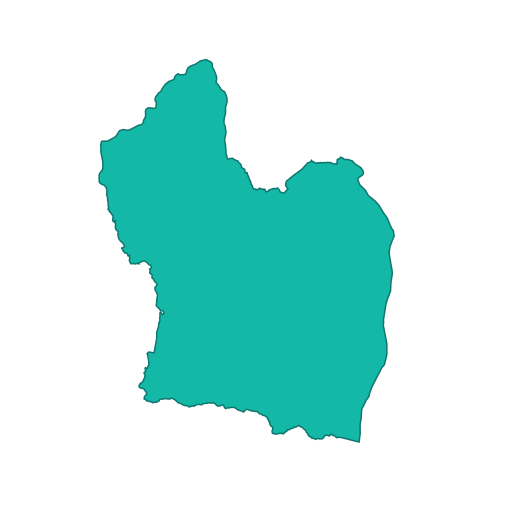 the district of Sutamarchàn, Boyacá, Colombia, rotated 169°
{"feature_id": "7082276B91786525694715", "entity_name": "Sutamarchàn", "entity_type": "district", "adm_level": 2, "iso_a3": "COL", "parent_name": "Colombia", "parent_adm1": "Boyacá", "projection": "robinson", "projection_center": [-73.611, 5.636], "detail": "fine", "context": "isolated", "style": "filled", "palette": "teal", "viewbox_px": 512, "rotation_deg": 169, "n_neighbors": 0, "source": "geoboundaries", "source_scale": "gbopen_adm2", "svg_char_len": 6102}
<svg xmlns="http://www.w3.org/2000/svg" viewBox="0 0 512 512"><g transform="rotate(169 256 256)"><path d="M393.1,137.0L391.9,136.3L391.0,134.7L389.8,134.5L389.2,133.7L386.8,133.0L385.2,131.6L384.0,131.8L381.7,131.5L379.1,132.1L378.5,132.5L378.2,133.3L377.4,133.9L374.9,133.2L372.9,133.6L370.8,132.7L369.5,132.7L368.2,131.9L366.9,132.6L365.6,132.4L362.9,130.2L360.2,126.6L357.5,125.3L356.9,124.3L354.1,122.6L351.8,122.2L350.8,120.7L349.9,120.5L348.5,120.9L347.6,120.7L346.9,121.3L345.2,120.3L344.5,120.9L342.2,121.4L339.7,121.1L338.1,120.3L335.8,121.0L333.8,121.1L332.7,120.8L330.5,120.9L327.8,120.1L325.4,119.9L322.3,116.0L319.9,115.7L317.3,116.3L316.2,115.2L315.8,113.1L314.8,112.0L313.0,112.4L311.6,112.0L309.5,112.2L305.8,111.3L303.4,108.6L301.1,107.2L299.4,106.6L298.5,105.3L297.8,105.3L295.2,107.2L293.1,106.9L291.3,105.4L290.5,105.4L289.2,104.3L288.2,104.4L287.0,103.7L284.5,103.2L282.7,100.4L281.0,100.0L279.8,98.3L278.1,97.7L276.4,96.1L275.7,94.9L275.7,93.8L274.9,92.8L275.1,91.3L274.1,89.9L274.5,89.0L274.3,87.4L273.6,86.0L272.3,84.6L272.4,83.4L273.7,80.9L273.7,78.9L273.1,78.4L270.2,77.3L267.1,77.4L266.3,77.2L264.7,77.4L264.3,76.6L263.0,76.2L261.1,77.5L258.9,78.4L258.3,79.4L256.3,79.1L254.4,80.0L252.5,79.9L251.5,80.7L249.4,80.5L246.1,81.5L244.9,79.9L243.0,78.6L241.4,76.1L240.5,75.4L240.3,73.7L239.3,72.0L238.8,69.7L237.2,68.0L236.3,67.5L235.7,66.2L234.6,66.3L232.4,64.6L230.9,65.2L228.0,64.2L225.8,63.9L223.8,65.1L223.0,66.4L221.8,66.8L220.9,66.8L220.6,66.3L219.9,66.4L218.9,65.4L217.6,65.6L217.0,66.5L215.8,66.5L214.6,65.0L213.1,64.6L211.5,62.2L209.9,62.4L207.1,61.6L190.3,53.7L187.6,61.9L186.0,70.6L183.9,76.2L181.4,85.7L178.9,88.6L175.4,93.4L172.1,96.3L170.5,100.0L166.8,105.9L153.7,122.5L150.8,124.7L147.3,132.0L146.2,135.1L144.3,145.0L144.3,163.7L143.4,166.3L143.0,169.2L137.8,183.5L135.7,187.7L130.7,195.8L128.6,204.2L125.6,212.6L125.2,215.9L125.0,228.4L124.7,233.7L122.8,239.4L118.3,246.9L116.6,249.1L116.3,254.7L117.1,255.9L118.4,260.4L119.9,268.2L122.5,273.8L125.7,282.5L128.6,287.3L134.2,293.9L136.1,299.8L140.3,305.7L140.7,306.7L141.5,311.5L140.8,312.8L139.7,313.7L136.5,314.9L135.2,315.9L134.7,316.9L134.8,319.5L136.3,322.8L141.0,327.2L143.5,331.1L147.9,333.4L150.5,333.7L151.9,335.4L153.7,336.6L154.5,336.8L154.7,336.0L155.5,335.4L157.2,335.5L157.8,335.2L159.2,330.7L163.8,332.4L164.7,333.5L165.9,333.3L167.2,334.2L170.3,334.4L172.0,334.9L173.1,334.5L174.4,335.4L175.9,335.3L176.5,335.6L177.6,335.2L178.2,335.7L179.7,335.8L180.5,336.2L181.0,337.1L182.0,337.5L182.4,338.2L183.1,338.4L183.4,339.2L184.5,337.8L187.3,337.6L194.7,332.2L204.7,327.5L212.0,323.5L213.1,321.0L213.4,319.1L212.2,316.5L211.7,315.9L216.0,312.8L217.6,312.7L219.2,313.9L220.2,314.2L220.4,316.1L221.6,318.5L222.6,318.6L224.3,318.1L225.1,318.9L229.4,318.5L230.4,318.3L231.2,317.3L232.3,317.4L233.5,316.9L234.3,317.8L234.4,319.3L235.1,320.1L235.7,319.9L237.1,320.7L238.5,320.6L239.1,321.7L239.8,321.9L241.3,320.7L242.5,321.2L243.3,320.9L244.1,322.0L245.8,322.7L246.2,323.5L246.2,325.9L247.1,327.4L246.9,328.4L247.4,329.6L247.0,330.5L247.8,331.2L247.6,332.4L248.4,334.7L248.1,335.5L248.5,335.8L248.5,336.8L249.1,337.9L248.7,339.2L249.1,339.6L250.7,339.8L250.5,343.2L253.1,345.5L253.4,348.5L253.8,349.5L255.0,350.9L255.7,352.7L257.9,354.0L260.4,356.4L263.3,356.7L264.6,356.3L265.5,356.7L265.8,362.4L264.8,370.3L264.8,374.7L264.1,377.8L262.9,380.2L262.0,382.8L261.5,388.6L262.1,392.5L261.7,394.6L260.8,397.5L258.7,401.8L257.4,408.0L254.9,413.0L254.4,417.1L254.7,420.0L255.6,423.4L258.2,425.6L260.3,431.0L262.1,434.0L260.8,437.5L260.5,440.2L261.8,446.8L262.8,449.5L262.3,452.6L262.5,454.0L264.1,455.9L265.9,456.9L267.2,458.3L273.6,458.1L276.1,456.8L279.5,455.7L283.9,455.0L286.5,453.9L288.4,451.6L289.7,448.9L290.8,447.8L296.3,448.2L297.3,449.6L299.0,449.4L300.9,448.2L302.7,445.3L303.5,444.8L308.5,443.9L311.9,442.0L314.7,439.7L318.0,435.8L320.5,434.6L324.1,431.3L324.8,430.2L325.4,428.3L324.6,425.9L324.8,424.5L325.7,421.5L326.6,420.4L327.4,420.2L332.8,421.9L334.0,421.9L335.6,421.2L336.3,420.4L336.9,419.2L337.5,415.2L338.1,413.5L340.6,410.5L341.0,408.9L342.4,407.3L343.1,406.9L346.8,406.7L353.5,404.6L357.0,403.8L359.0,404.2L362.3,405.5L366.1,405.0L370.4,400.5L372.0,399.5L380.0,397.1L385.2,398.1L386.2,397.1L387.3,394.5L387.5,391.7L388.4,387.9L388.4,377.6L389.5,371.7L390.3,369.9L393.6,367.1L394.4,365.7L395.1,362.7L395.7,358.6L395.4,357.7L393.9,355.9L391.6,354.6L390.3,352.4L389.7,349.9L390.4,345.8L390.9,345.0L390.6,341.2L391.1,338.3L390.8,336.5L391.2,335.5L391.2,334.1L391.6,333.4L391.3,331.8L392.4,330.2L391.4,329.0L391.5,327.7L390.7,326.7L388.8,322.8L388.9,321.3L389.4,320.2L389.9,318.0L389.5,317.0L388.9,316.6L388.4,316.8L387.8,317.7L387.2,317.3L388.0,316.0L387.8,313.7L388.7,310.7L388.4,308.9L386.8,306.3L386.8,305.3L387.5,303.8L387.5,299.5L386.2,296.5L384.4,294.4L383.1,291.1L383.8,289.7L386.1,289.6L386.4,289.1L385.5,287.6L385.5,286.5L384.5,284.4L383.5,283.7L382.0,283.3L381.6,280.7L380.3,281.0L379.8,280.5L380.6,279.3L380.1,277.6L380.8,277.0L381.2,275.9L380.9,273.7L380.1,272.1L377.7,272.0L376.1,271.2L374.5,271.4L372.2,270.7L372.4,271.5L372.0,271.8L369.3,272.2L368.6,272.6L366.9,272.5L365.2,271.4L364.2,270.4L363.4,268.8L362.5,267.7L361.1,266.9L361.0,265.1L361.2,263.9L363.0,263.4L362.5,262.2L363.2,260.9L363.5,259.5L361.7,257.2L361.6,256.3L362.2,255.0L362.2,254.3L361.3,253.2L360.4,250.5L358.8,248.2L358.6,247.3L359.0,246.4L360.0,245.2L361.0,244.7L361.4,243.9L361.4,241.4L360.1,237.4L360.2,236.2L362.1,230.9L362.4,229.0L363.4,226.8L363.0,225.5L360.9,222.5L360.1,220.8L357.8,219.9L357.1,217.3L357.5,216.8L359.1,216.3L360.2,219.0L360.4,219.2L360.8,219.1L361.6,216.6L361.7,214.7L362.4,213.7L362.7,210.9L364.0,209.1L365.4,204.8L367.6,200.9L368.3,199.0L368.9,194.8L374.6,180.3L379.4,182.2L380.0,182.0L381.6,180.9L381.3,179.8L381.4,172.9L382.0,169.3L383.1,168.3L384.2,166.4L384.8,166.5L385.6,167.5L386.3,167.1L386.4,166.0L386.1,164.2L387.9,163.0L388.3,161.9L387.7,161.4L387.6,160.8L388.0,158.8L391.1,154.2L394.3,152.7L395.5,151.1L395.7,150.0L395.4,149.1L394.2,148.2L392.3,147.6L391.4,146.8L389.5,142.4L389.6,141.3L392.3,139.3L393.1,137.0Z" fill="#14b8a6" stroke="#0f766e" stroke-width="1.5"/></g></svg>